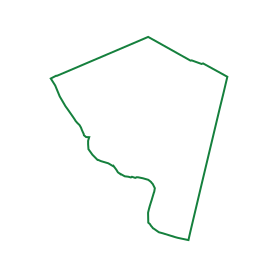 the district of Beitbridge Urban, Matabeleland South, Zimbabwe, rotated 15°
{"feature_id": "62879985B8135663934724", "entity_name": "Beitbridge Urban", "entity_type": "district", "adm_level": 2, "iso_a3": "ZWE", "parent_name": "Zimbabwe", "parent_adm1": "Matabeleland South", "projection": "equal_earth", "projection_center": [30.001, -22.204], "detail": "fine", "context": "isolated", "style": "outline", "palette": "green", "viewbox_px": 256, "rotation_deg": 15, "n_neighbors": 0, "source": "geoboundaries", "source_scale": "gbopen_adm2", "svg_char_len": 1311}
<svg xmlns="http://www.w3.org/2000/svg" viewBox="0 0 256 256"><g transform="rotate(15 128 128)"><path d="M45.1,96.1L40.6,100.2L46.7,105.8L53.9,115.2L62.0,123.2L64.6,125.3L67.7,127.9L72.2,131.7L74.5,133.7L75.5,134.7L77.7,136.2L80.4,137.7L82.5,139.8L84.0,141.9L86.2,144.6L86.5,144.8L87.3,146.4L89.9,147.6L92.9,146.9L92.8,149.9L92.8,151.3L92.9,151.1L93.7,154.1L95.3,158.7L100.5,163.0L106.8,166.7L107.1,166.5L110.5,167.0L118.1,167.2L124.2,168.9L124.2,168.7L127.5,171.3L129.7,173.4L132.6,174.5L132.6,174.3L137.4,175.5L140.8,175.0L143.6,175.0L144.4,174.1L147.9,174.3L148.3,174.1L148.9,173.4L150.5,173.0L155.4,172.7L161.0,172.8L164.1,174.1L165.1,174.9L166.4,175.7L169.5,179.2L169.5,179.5L169.8,182.3L169.8,183.4L169.7,183.8L169.7,184.2L169.5,191.1L169.5,192.0L169.5,192.4L169.4,192.6L169.4,192.9L169.4,193.3L169.2,198.7L169.2,199.2L169.3,199.3L169.3,199.6L169.2,200.0L169.3,204.4L169.5,205.3L172.1,214.2L174.0,215.1L175.5,216.5L177.0,217.5L178.1,218.4L178.5,218.4L184.8,220.7L186.7,220.7L188.2,220.7L188.9,220.7L202.0,221.2L204.2,221.2L204.6,221.2L213.9,220.7L214.3,220.7L215.4,220.6L215.1,213.1L213.7,164.8L211.5,84.2L211.2,69.9L210.7,52.8L183.8,46.2L182.5,47.1L172.0,46.2L171.2,46.7L170.8,46.7L124.3,34.9L124.2,34.9L123.9,34.8L88.6,62.5L45.7,96.1L45.1,96.1Z" fill="none" stroke="#15803d" stroke-width="2"/></g></svg>